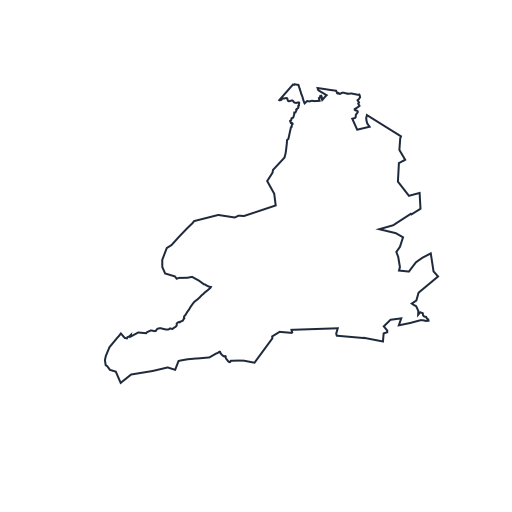 outline of Tlalchapa, Guerrero, Mexico, rotated 243°
{"feature_id": "50627088B97959743507654", "entity_name": "Tlalchapa", "entity_type": "district", "adm_level": 2, "iso_a3": "MEX", "parent_name": "Mexico", "parent_adm1": "Guerrero", "projection": "robinson", "projection_center": [-100.395, 18.462], "detail": "fine", "context": "isolated", "style": "outline", "palette": "slate", "viewbox_px": 512, "rotation_deg": 243, "n_neighbors": 0, "source": "geoboundaries", "source_scale": "gbopen_adm2", "svg_char_len": 5986}
<svg xmlns="http://www.w3.org/2000/svg" viewBox="0 0 512 512"><g transform="rotate(243 256 256)"><path d="M204.4,77.8L207.1,90.9L200.5,111.6L196.8,126.7L191.3,132.3L197.6,139.3L197.1,141.4L195.1,148.0L192.0,155.8L190.9,158.2L186.8,168.4L187.2,176.4L187.0,177.4L187.1,178.4L187.1,179.0L187.3,179.5L187.3,180.1L187.2,180.3L186.9,180.5L186.7,180.5L186.4,180.4L186.2,180.3L186.0,180.2L185.8,180.2L185.4,180.4L185.2,180.4L184.5,180.4L184.0,180.6L183.6,180.7L182.7,181.0L182.2,181.3L181.7,181.5L181.3,181.7L181.0,182.1L180.9,182.9L180.8,183.1L180.7,183.3L180.4,183.4L180.2,183.1L179.9,182.9L179.7,182.9L179.4,182.8L178.5,182.8L178.0,182.8L177.0,183.0L176.1,183.2L175.5,183.3L174.8,183.4L174.3,183.6L173.8,183.9L173.5,184.1L173.4,184.3L173.3,184.7L173.3,184.9L174.1,185.9L171.4,191.6L171.3,191.9L168.3,197.6L161.6,206.2L168.5,219.9L175.2,233.2L177.0,233.9L177.7,242.7L177.2,243.4L171.3,252.9L171.5,253.6L174.1,254.1L154.5,296.0L150.4,292.2L148.3,291.8L133.7,315.2L133.9,315.3L122.2,330.3L129.1,334.6L128.5,338.3L130.0,339.1L135.3,337.9L138.1,346.9L134.5,357.1L129.4,351.8L126.3,363.0L124.1,373.5L122.5,376.3L121.1,377.7L120.0,380.3L121.2,380.7L122.7,379.9L124.5,379.9L125.7,378.4L127.2,377.9L129.3,378.6L131.3,376.8L130.0,373.8L133.4,375.7L138.4,375.9L139.2,375.6L140.1,374.7L142.9,373.2L143.5,378.6L149.5,384.2L155.1,408.9L161.7,407.2L179.0,412.9L178.9,403.5L177.8,395.7L174.7,389.2L172.7,385.2L178.1,376.8L180.8,379.2L190.6,382.3L195.9,382.9L198.8,388.4L205.9,395.5L212.8,391.0L223.9,378.0L221.1,392.3L222.0,400.4L222.1,401.5L223.3,413.1L222.5,413.4L223.4,424.0L237.9,430.4L240.2,419.6L257.8,416.2L273.9,425.5L274.0,432.6L285.4,431.9L295.3,437.9L296.8,439.5L316.9,427.4L331.2,418.8L328.7,416.7L325.8,415.7L323.5,415.3L319.6,415.9L322.6,403.5L334.6,404.1L334.2,405.9L334.1,407.2L334.4,407.8L335.3,408.4L336.3,408.9L337.0,410.0L337.7,411.6L337.9,411.9L338.8,412.3L339.7,411.9L340.5,410.8L341.4,410.3L341.6,410.4L341.8,410.7L342.0,409.9L342.4,414.6L342.8,416.4L345.3,416.2L346.0,417.5L348.7,417.2L349.1,418.9L350.2,420.8L352.4,421.4L353.0,421.3L353.0,421.1L353.1,420.4L353.3,420.1L357.5,414.8L358.9,411.2L359.1,411.0L359.3,411.1L360.6,409.4L361.8,408.1L362.1,407.5L362.2,407.1L362.4,406.7L362.4,406.0L362.3,405.7L362.3,405.3L362.2,405.0L362.3,404.6L362.4,404.1L362.6,403.9L362.8,403.8L363.3,403.8L363.5,403.7L363.8,403.5L363.7,403.1L363.6,402.7L363.7,402.4L363.9,402.3L364.1,402.2L364.4,402.2L364.9,402.4L365.2,402.4L365.5,402.4L365.8,402.3L366.0,402.3L366.3,402.3L366.7,402.4L366.9,402.4L370.4,397.3L370.5,397.2L371.5,395.8L374.4,391.8L376.3,389.1L377.7,387.1L377.2,387.0L376.8,386.9L376.7,386.9L375.4,386.8L372.5,388.5L371.8,389.0L367.2,391.9L366.8,390.6L364.9,385.8L366.6,386.0L367.1,386.4L367.4,386.6L367.5,386.7L368.6,386.9L369.2,386.9L369.3,386.4L369.3,385.7L368.7,385.5L368.4,385.0L368.1,384.3L368.1,384.1L368.1,383.8L367.6,383.8L367.3,383.6L367.1,383.4L366.9,383.4L366.2,383.2L366.1,383.3L365.4,383.1L367.5,378.3L368.2,377.3L368.4,377.1L368.5,376.8L368.8,376.5L369.0,376.0L369.1,375.7L369.2,375.1L369.3,374.5L369.5,373.7L370.8,372.0L370.8,371.7L369.9,368.6L370.5,368.6L373.7,369.0L374.7,369.2L376.5,369.6L379.2,369.9L379.9,369.9L380.1,370.0L381.1,370.1L381.6,370.3L382.2,370.4L383.3,370.5L384.7,370.8L384.8,370.9L385.1,370.8L389.2,371.5L389.7,370.7L391.3,368.6L391.5,368.4L391.2,367.6L392.0,366.8L384.3,347.5L384.0,347.7L383.8,348.2L383.7,349.0L383.7,349.8L384.2,350.4L384.3,350.9L384.2,351.3L384.0,351.9L383.7,352.3L383.5,352.9L383.3,353.7L383.0,354.6L382.5,355.3L382.0,355.4L381.5,355.2L380.6,355.0L379.9,354.9L379.5,355.2L378.9,355.6L378.8,356.2L378.6,356.8L378.5,357.6L378.4,358.3L378.2,358.8L377.7,359.2L377.4,359.4L376.8,359.5L376.1,359.5L375.6,359.7L375.1,360.1L374.5,360.8L374.1,361.5L373.9,362.4L373.6,363.5L373.3,364.0L373.0,364.1L372.7,364.0L372.2,363.3L371.7,363.1L371.3,362.9L370.9,362.8L370.7,362.7L370.7,362.1L370.4,361.7L370.0,361.5L369.4,361.4L368.8,360.8L368.6,360.3L368.6,359.8L368.6,359.5L368.5,358.9L368.3,358.4L368.0,358.4L367.8,358.5L367.5,358.3L367.4,358.1L366.9,357.4L366.6,357.1L366.3,356.7L366.0,356.3L366.0,356.0L366.1,355.8L366.2,355.5L366.4,355.2L365.1,354.5L364.7,354.2L363.2,352.8L362.6,352.2L362.4,351.9L362.5,350.7L362.6,350.3L362.2,349.9L361.8,349.7L361.0,348.9L361.0,348.6L360.9,347.7L360.7,347.6L360.4,347.6L360.0,347.7L359.5,347.7L358.7,347.4L358.5,347.5L358.2,348.4L357.5,348.7L357.0,348.6L356.7,347.8L356.2,347.3L355.6,346.7L355.2,346.3L354.9,346.4L354.6,345.9L354.6,345.5L354.4,345.2L345.6,338.0L345.2,336.3L342.5,334.7L338.1,331.8L333.8,328.8L331.7,326.9L331.6,326.7L330.8,326.2L325.0,310.3L322.7,308.5L317.7,300.0L303.2,300.5L292.1,296.5L297.1,263.4L299.8,258.9L300.0,254.5L309.7,241.0L315.2,216.7L314.0,214.1L313.8,213.4L312.1,207.7L308.0,195.9L304.1,185.7L303.6,180.1L295.1,170.7L288.7,167.5L281.7,167.1L274.6,174.5L271.8,175.0L271.7,175.9L271.3,177.8L267.9,184.6L266.4,189.6L259.9,194.0L254.3,196.8L253.8,197.6L252.8,198.2L251.7,198.9L250.4,199.9L249.6,200.7L248.9,201.7L248.5,201.1L248.2,200.6L247.9,199.3L247.7,198.4L247.4,197.2L246.9,194.6L246.6,193.2L246.1,191.9L245.8,190.1L245.2,188.4L244.7,187.2L244.3,185.5L243.9,184.4L243.6,182.4L243.4,181.4L243.2,180.4L242.8,179.4L242.4,178.5L241.7,177.1L241.0,175.8L240.4,174.6L239.7,173.6L238.8,172.2L237.6,169.8L237.1,168.9L235.6,166.6L235.0,164.9L234.9,164.7L233.5,163.6L233.1,163.8L231.6,161.3L231.8,158.7L231.5,157.9L231.7,157.6L232.2,157.4L232.2,156.2L232.2,155.9L231.8,154.7L230.1,153.8L229.4,152.2L229.3,150.4L229.0,148.9L229.1,148.4L229.0,148.2L230.5,146.6L230.3,146.0L230.3,145.1L230.4,144.2L230.9,143.3L231.8,141.8L232.5,141.1L233.1,140.3L234.4,138.9L235.1,138.0L235.5,136.9L235.8,136.0L235.8,135.2L235.7,134.6L235.4,133.8L234.9,133.0L234.7,132.5L235.0,131.7L237.4,128.6L237.6,124.5L237.1,123.0L241.3,116.4L241.1,107.7L242.5,108.7L241.9,106.8L241.9,105.4L242.0,105.1L242.0,104.6L241.2,103.6L242.5,101.9L248.3,100.4L246.7,97.0L246.5,96.2L241.3,84.1L235.2,76.9L231.8,74.1L226.9,72.5L225.4,73.4L220.8,74.2L216.6,78.6L204.4,77.8Z" fill="none" stroke="#1e293b" stroke-width="2"/></g></svg>